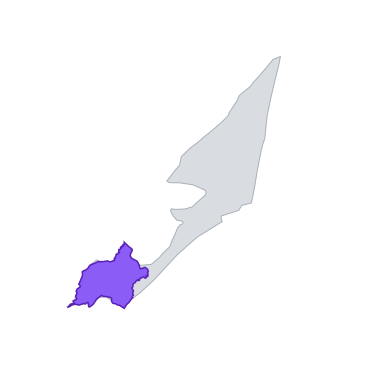 where HaZafon sits in Israel, rotated 209°
{"feature_id": "ISR-3056", "entity_name": "HaZafon", "entity_type": "District", "adm_level": 1, "iso_a3": "ISR", "parent_name": "Israel", "parent_adm1": "", "projection": "albers", "projection_center": [35.33, 32.896], "detail": "fine", "context": "in_parent", "style": "filled", "palette": "violet", "viewbox_px": 384, "rotation_deg": 209, "n_neighbors": 0, "source": "natural_earth", "source_scale": "10m", "svg_char_len": 4904}
<svg xmlns="http://www.w3.org/2000/svg" viewBox="0 0 384 384"><g transform="rotate(209 192 192)"><path d="M245.8,30.6L244.2,35.0L242.5,37.3L242.0,40.8L243.1,43.7L243.7,47.6L245.0,48.7L245.4,51.2L244.3,53.7L244.8,55.8L246.2,57.7L247.2,65.5L249.3,69.2L246.1,74.8L245.5,79.4L242.4,86.4L238.8,86.9L230.3,90.8L229.1,91.9L227.6,94.2L227.4,95.9L226.2,114.3L221.5,113.8L215.9,109.8L214.8,106.3L213.1,105.1L209.0,104.7L201.4,102.9L192.5,109.0L188.7,119.0L187.9,123.7L184.9,133.5L185.9,139.6L186.4,147.4L187.2,153.8L186.4,157.7L184.6,159.7L185.1,161.2L186.7,161.7L191.6,160.0L196.7,161.8L201.7,165.1L202.0,167.3L198.5,168.5L190.2,173.5L184.4,179.3L182.8,184.7L178.8,196.1L179.4,198.5L181.3,199.9L194.8,198.7L207.1,194.1L216.4,189.2L219.3,189.4L217.4,202.1L215.8,209.8L216.4,211.2L218.5,217.9L214.6,230.2L210.2,240.2L208.6,245.0L204.3,255.5L199.8,267.8L197.4,276.2L198.0,279.2L196.8,294.7L197.5,299.1L192.2,312.5L191.2,319.1L189.0,328.1L185.4,347.1L180.4,353.4L178.0,346.3L172.5,326.0L168.5,312.0L163.2,294.9L154.2,273.9L153.4,268.9L151.5,261.6L145.4,242.6L140.4,228.8L134.7,211.3L142.0,204.4L142.2,198.7L154.6,185.4L154.5,184.1L151.3,180.6L151.7,180.0L165.5,155.2L174.3,130.6L182.7,96.3L188.5,78.9L193.4,67.4L195.6,57.9L203.5,57.2L209.4,58.2L216.4,58.5L222.1,54.9L224.7,44.2L227.9,42.5L229.6,45.0L231.2,42.2L238.6,37.4L242.2,34.3L245.8,30.6Z" fill="#d9dde1" stroke="#a8b0b8" stroke-width="1"/><path d="M226.9,115.2L221.3,113.7L219.6,113.3L218.0,113.3L216.2,112.7L215.8,110.7L215.8,108.1L215.2,106.2L213.1,104.9L211.1,104.7L206.7,104.9L205.5,104.4L203.5,102.8L202.6,102.3L202.4,101.9L200.5,100.1L200.2,99.9L199.9,99.7L199.8,99.8L199.7,99.9L199.5,100.1L199.3,100.4L199.3,100.5L199.2,100.6L198.4,101.0L198.2,101.2L198.2,101.3L198.2,101.5L198.1,101.8L197.9,101.9L197.6,102.2L197.4,102.3L197.3,102.5L197.2,102.7L197.0,102.9L196.5,103.2L196.2,103.4L195.9,103.3L195.7,103.3L193.7,102.9L193.4,102.8L193.2,102.6L192.8,102.3L192.5,102.2L192.4,102.0L192.3,101.9L192.2,101.7L191.8,101.4L191.6,101.3L191.6,101.1L191.6,100.8L191.8,100.3L191.8,99.9L191.7,99.6L190.7,99.0L190.5,98.7L190.4,98.6L190.3,98.3L190.3,98.2L190.3,97.9L190.2,97.6L189.9,97.1L189.8,96.9L189.8,96.7L190.0,96.5L190.4,96.5L190.6,96.5L190.8,96.5L191.2,96.7L191.5,96.7L191.4,96.4L190.8,95.8L190.6,95.5L190.5,95.2L190.6,94.7L190.8,94.4L190.9,94.2L191.1,94.0L191.3,93.9L191.6,93.9L191.8,93.9L192.1,94.0L193.0,94.4L193.3,94.4L193.5,94.2L193.7,93.9L194.2,92.7L194.4,92.5L194.4,92.4L194.5,92.3L195.5,91.7L195.6,91.2L195.2,89.7L195.3,89.1L195.4,88.8L195.5,88.7L195.8,88.7L195.9,88.8L196.1,89.1L196.2,89.3L196.3,89.4L196.5,89.4L196.8,89.3L196.9,89.1L197.1,88.9L197.2,88.6L197.2,88.3L197.2,87.9L197.2,87.6L197.3,87.5L197.6,87.3L197.7,87.1L197.8,86.8L197.7,85.7L197.8,85.3L197.8,85.2L198.5,84.1L198.6,83.9L198.7,83.6L198.8,82.9L198.8,82.6L198.7,82.4L198.0,80.8L197.9,80.4L197.8,80.1L197.8,79.9L198.0,78.9L198.0,78.7L197.9,78.5L197.8,78.4L197.6,78.3L196.6,78.0L196.3,77.9L196.2,77.8L196.0,77.6L195.9,77.5L195.7,77.3L195.1,76.9L195.0,76.6L195.2,75.6L195.2,75.4L195.1,75.2L194.8,75.0L194.7,74.9L194.6,74.6L194.3,74.1L194.1,73.8L194.0,73.7L193.5,73.5L193.3,73.5L193.6,72.4L193.5,71.5L192.6,71.0L193.1,69.8L193.6,64.8L194.5,62.2L194.8,60.6L194.5,59.2L194.8,58.9L195.2,58.4L195.5,58.1L195.0,57.5L195.3,57.5L195.4,57.4L200.9,57.8L201.2,57.7L202.0,57.1L202.4,57.0L202.8,57.0L203.8,57.2L204.3,57.3L206.8,56.4L207.7,56.4L208.0,56.6L208.4,56.8L209.2,57.4L209.9,58.2L210.3,59.2L211.0,60.1L211.9,60.2L215.8,59.2L219.1,57.7L221.2,57.6L221.5,56.3L222.8,54.0L223.4,52.6L223.7,50.5L223.9,46.5L224.4,44.7L225.0,43.6L225.4,42.5L225.9,41.7L226.7,41.6L227.1,42.1L228.3,44.0L229.2,44.7L229.6,45.0L229.7,44.7L230.6,43.7L230.7,42.6L231.5,42.2L232.9,42.0L233.5,41.0L236.1,38.2L237.3,37.9L238.2,37.8L239.2,37.5L240.1,37.1L241.0,36.6L242.1,35.3L243.4,32.6L244.5,31.3L244.6,31.7L244.2,32.2L244.1,33.6L243.9,34.0L243.7,35.1L242.6,36.0L242.1,36.5L240.6,37.3L243.2,39.0L240.9,42.3L241.4,42.9L243.3,44.3L243.6,48.1L245.2,49.1L245.4,51.4L244.7,53.0L243.9,54.3L243.9,55.5L246.5,56.6L246.3,57.6L247.2,65.4L247.6,66.5L249.3,69.2L248.3,71.0L247.8,71.1L246.6,73.2L245.9,75.6L246.1,76.7L245.6,78.8L242.2,82.9L240.4,85.6L239.2,86.0L235.4,88.4L233.1,90.4L232.0,91.0L230.3,90.8L229.1,91.8L228.0,93.1L227.4,93.7L226.9,93.9L226.8,94.2L226.7,94.8L227.0,95.4L227.6,95.8L227.6,96.3L227.1,96.3L227.1,96.9L227.5,97.6L227.7,99.8L228.1,100.8L227.8,101.2L227.7,101.3L227.7,101.1L227.6,100.8L227.5,101.1L227.1,101.9L226.7,101.4L227.0,103.1L227.1,103.6L226.2,103.6L226.2,104.2L226.6,104.1L226.9,104.2L227.4,104.9L227.5,105.2L228.1,105.9L228.1,106.4L227.5,106.6L227.1,107.0L226.9,107.6L226.7,108.2L227.0,108.3L227.1,108.5L227.3,108.6L227.6,108.7L227.6,109.3L227.2,109.6L226.7,109.8L227.2,110.3L226.2,111.0L226.4,111.1L226.5,111.1L226.7,111.5L226.2,111.5L226.2,112.0L226.7,112.5L226.7,112.8L226.4,113.0L225.8,113.1L226.1,114.1L226.2,114.3L226.6,114.7L226.9,115.2Z" fill="#8b5cf6" stroke="#5b21b6" stroke-width="1.5"/></g></svg>